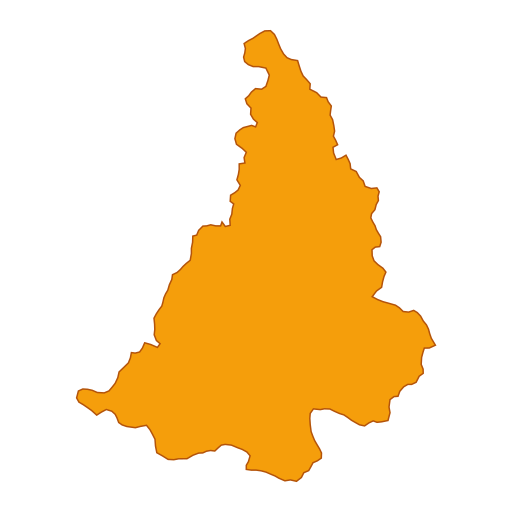 outline of Alpinópolis, Minas Gerais, Brazil
{"feature_id": "56859067B92353622671718", "entity_name": "Alpinópolis", "entity_type": "district", "adm_level": 2, "iso_a3": "BRA", "parent_name": "Brazil", "parent_adm1": "Minas Gerais", "projection": "albers", "projection_center": [-46.38, -20.827], "detail": "fine", "context": "isolated", "style": "filled", "palette": "amber", "viewbox_px": 512, "rotation_deg": 0, "n_neighbors": 0, "source": "geoboundaries", "source_scale": "gbopen_adm2", "svg_char_len": 3668}
<svg xmlns="http://www.w3.org/2000/svg" viewBox="0 0 512 512"><path d="M297.6,60.6L291.1,59.5L287.0,57.7L283.6,54.0L280.6,48.8L278.6,43.9L276.8,39.2L274.4,34.4L270.5,30.7L264.8,30.9L259.9,33.5L256.4,35.9L253.0,38.3L248.5,40.6L244.1,43.5L245.4,48.5L244.8,52.9L243.6,57.1L244.7,61.6L248.3,64.6L253.2,66.6L258.7,66.6L265.9,68.1L269.3,75.1L267.9,80.6L265.9,86.4L261.6,89.2L255.5,88.6L251.4,92.1L248.7,95.8L245.3,98.8L246.9,103.8L251.0,108.1L250.6,114.3L253.4,119.1L257.3,122.6L255.6,126.9L251.6,125.4L247.5,126.5L243.3,127.6L239.9,129.8L236.1,133.2L234.9,138.7L236.5,144.3L242.2,148.4L246.3,152.3L244.1,157.6L244.9,163.0L239.2,163.9L239.2,169.5L238.4,174.4L236.9,179.8L240.3,185.4L238.1,190.0L234.9,192.6L230.6,195.2L230.2,201.3L233.7,203.9L232.4,208.5L231.8,214.2L229.8,219.2L230.2,225.3L225.3,226.5L222.0,222.0L220.6,225.9L215.8,225.9L210.7,224.8L206.7,225.9L202.9,226.1L198.7,230.3L196.7,235.1L192.8,236.1L192.6,242.3L191.4,248.3L191.4,253.6L190.2,260.3L186.3,263.4L183.1,266.4L180.4,269.5L177.1,272.5L172.5,274.7L171.8,279.5L169.4,284.7L167.8,290.2L165.6,293.9L163.9,297.8L162.9,302.3L161.8,306.1L159.1,309.6L156.4,313.7L154.0,318.2L154.6,324.2L154.8,329.5L154.2,334.8L156.4,340.5L160.1,343.7L157.4,347.4L150.7,344.5L144.7,342.8L142.4,348.1L139.6,352.0L135.2,353.1L131.4,352.6L130.4,357.9L128.4,362.9L123.5,367.7L119.1,371.9L117.8,377.7L115.2,383.3L112.3,387.0L109.0,390.9L104.2,392.9L97.3,392.5L92.2,390.3L87.6,389.3L82.8,389.0L78.4,391.0L76.6,397.9L79.0,402.2L83.3,404.7L87.4,407.5L91.6,410.5L96.7,415.1L101.4,412.1L106.3,409.5L111.8,411.2L115.2,414.3L117.0,417.9L118.7,422.5L122.1,424.9L126.8,426.5L131.1,427.1L135.4,427.7L140.4,426.4L146.5,425.3L150.0,429.7L152.6,434.5L155.0,439.2L155.5,446.0L156.8,452.7L162.5,455.9L168.1,459.4L173.8,459.7L178.6,458.8L187.0,458.7L193.0,455.2L198.6,453.1L202.8,452.9L206.5,451.2L210.5,450.5L214.8,451.0L218.3,447.7L221.3,445.1L225.2,444.4L231.4,445.1L237.6,447.7L242.2,449.4L246.9,452.0L250.1,455.8L248.4,461.7L246.3,465.3L246.3,469.4L251.2,470.1L256.1,470.1L261.1,470.8L266.0,472.1L271.5,474.5L275.1,476.0L278.9,478.2L284.9,480.8L290.4,479.9L296.5,481.3L301.4,477.5L303.8,472.7L308.7,470.6L310.9,466.7L313.0,462.7L317.4,460.8L321.3,458.1L321.5,453.0L319.5,448.8L317.4,445.3L314.6,440.5L312.8,436.2L311.1,431.6L310.2,424.5L309.8,418.4L310.2,413.4L313.4,408.9L320.3,409.6L324.4,408.8L329.9,409.0L334.5,411.3L339.5,413.5L343.9,414.9L347.8,417.5L351.4,420.2L355.2,422.4L359.5,424.8L364.6,425.9L368.9,422.9L373.2,420.9L377.0,422.3L381.7,421.8L388.0,420.5L390.0,412.7L389.0,407.0L390.0,399.6L394.0,396.6L398.0,396.3L399.8,391.3L403.7,386.8L407.8,384.4L411.6,384.4L416.1,382.3L419.2,376.2L423.2,373.3L423.1,369.1L421.2,364.4L421.6,357.4L423.0,352.2L424.3,348.1L429.3,348.0L435.4,345.2L431.3,338.3L429.7,333.7L428.5,329.2L426.5,325.0L423.2,320.9L420.6,316.1L417.3,312.6L413.7,310.4L408.6,312.1L403.1,311.5L399.4,307.8L395.5,305.2L388.5,303.2L383.0,301.7L377.7,299.6L372.2,296.7L376.5,291.0L381.6,287.3L382.6,281.7L384.0,276.5L385.9,272.1L382.9,268.2L377.9,264.6L374.0,260.8L372.2,255.8L372.0,249.7L375.3,247.1L379.7,246.6L381.1,242.2L380.6,236.7L378.3,233.1L376.3,229.6L375.0,225.7L372.8,222.0L370.8,217.9L371.6,213.6L374.9,209.7L376.2,204.6L378.4,200.5L378.0,196.2L379.2,191.8L376.9,187.9L371.2,188.5L365.1,186.4L363.2,180.9L359.4,177.4L356.2,171.5L350.7,168.9L350.1,163.7L348.3,159.6L346.0,155.2L341.3,158.0L336.2,159.5L333.6,153.0L333.0,147.3L337.6,144.7L335.6,140.2L333.4,136.2L334.6,131.1L333.8,125.6L332.6,119.7L330.1,115.1L330.6,110.8L331.3,106.0L328.1,101.7L326.5,97.6L321.0,97.1L316.7,92.7L309.8,89.2L310.2,83.8L306.7,79.7L303.1,75.9L300.9,71.2L299.0,65.3L297.6,60.6Z" fill="#f59e0b" stroke="#b45309" stroke-width="1.5"/></svg>